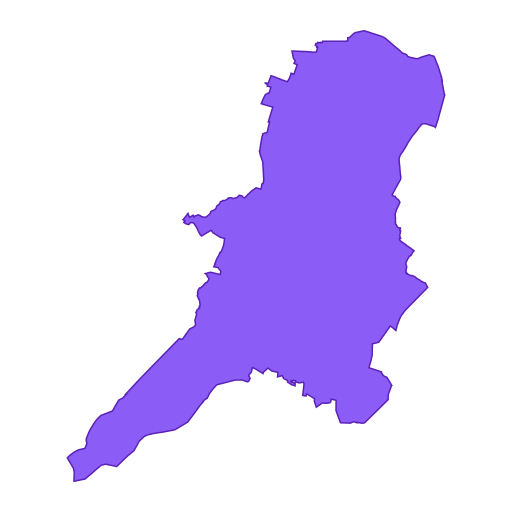 outline of Tepetlaoxtoc, México, Mexico, rotated 90°
{"feature_id": "50627088B33487225996828", "entity_name": "Tepetlaoxtoc", "entity_type": "district", "adm_level": 2, "iso_a3": "MEX", "parent_name": "Mexico", "parent_adm1": "México", "projection": "albers", "projection_center": [-98.771, 19.549], "detail": "fine", "context": "isolated", "style": "filled", "palette": "violet", "viewbox_px": 512, "rotation_deg": 90, "n_neighbors": 0, "source": "geoboundaries", "source_scale": "gbopen_adm2", "svg_char_len": 5999}
<svg xmlns="http://www.w3.org/2000/svg" viewBox="0 0 512 512"><g transform="rotate(90 256 256)"><path d="M30.7,147.8L32.6,156.6L33.4,158.1L37.5,162.5L37.7,164.3L40.8,164.2L41.2,166.4L41.2,189.3L42.5,189.6L42.3,191.0L42.8,191.1L42.4,194.3L43.4,194.5L43.6,196.2L45.4,196.7L46.3,195.0L47.3,195.2L47.4,194.4L51.8,195.6L52.1,195.9L52.2,198.3L51.6,204.9L51.0,220.0L52.4,219.8L58.3,218.5L59.5,217.8L60.6,216.7L63.4,218.0L64.7,214.8L74.2,218.1L73.2,220.9L75.4,221.5L77.8,222.4L79.9,223.5L81.7,224.6L79.6,230.9L79.3,231.1L78.4,233.8L77.2,236.6L75.7,240.9L83.4,243.9L82.7,247.3L84.7,244.5L86.1,244.8L87.0,241.1L93.4,243.0L93.1,243.5L93.1,244.0L94.7,246.7L99.1,248.9L103.7,250.8L104.5,248.3L107.1,239.2L120.5,243.3L122.0,243.7L122.0,242.4L132.5,244.9L133.1,247.3L133.7,249.1L137.8,250.2L146.7,251.7L150.7,252.2L150.8,252.6L154.9,251.7L161.5,249.4L162.7,249.2L180.8,248.2L180.9,248.5L183.4,248.8L183.3,249.3L183.7,249.8L184.5,250.3L185.3,250.3L189.2,251.1L187.8,255.8L190.8,260.2L194.9,264.6L197.7,266.9L197.6,267.9L197.3,268.3L197.3,268.8L197.2,269.4L196.8,269.7L196.0,269.9L195.7,270.2L195.7,271.7L195.5,272.0L195.3,272.1L195.2,272.6L196.4,273.7L196.8,274.3L197.7,275.4L197.9,276.6L198.6,278.9L197.7,280.5L197.9,281.8L197.7,282.4L197.8,282.8L198.1,283.7L199.2,284.8L199.6,285.4L200.3,286.8L200.6,287.5L200.5,289.0L200.7,289.5L201.4,290.4L201.6,291.4L201.9,291.7L203.1,292.0L203.7,292.5L204.9,293.7L205.8,294.9L206.4,295.4L207.6,295.7L209.1,296.5L210.3,298.6L210.9,300.0L211.4,300.9L211.9,301.4L213.1,301.7L214.0,302.3L215.0,303.4L216.5,305.2L217.3,306.8L216.7,310.4L215.6,311.8L214.8,313.7L216.2,317.5L216.9,318.1L215.2,318.9L217.3,322.5L213.4,324.0L217.8,327.4L219.7,329.0L220.9,326.9L222.4,328.3L224.0,325.7L224.6,323.3L223.7,322.4L222.7,321.6L222.6,320.8L222.6,320.1L222.8,319.3L223.1,318.3L227.4,315.4L233.0,312.8L234.3,312.0L236.0,310.5L230.3,300.9L232.8,298.9L237.2,291.9L238.5,287.4L239.8,287.7L242.7,287.9L246.2,288.7L250.6,290.3L251.4,290.8L253.0,292.1L252.9,292.2L256.2,293.6L257.2,294.3L259.2,295.4L263.8,297.1L263.8,296.9L266.8,298.2L267.4,294.3L271.3,291.1L274.5,291.8L272.2,301.6L273.6,306.7L274.7,305.2L276.8,304.6L277.2,304.0L278.7,303.1L279.0,303.1L280.0,303.4L280.5,303.9L281.4,304.3L282.1,304.7L282.4,305.5L283.1,306.8L285.8,309.1L286.1,309.1L286.7,310.0L288.3,312.1L288.0,312.5L288.4,312.9L291.2,314.3L292.3,314.3L292.7,314.5L294.0,314.3L294.2,314.1L295.7,314.8L298.0,313.8L298.3,313.2L299.5,313.2L299.8,312.6L305.3,311.9L306.2,312.7L306.4,312.5L307.3,312.2L308.1,313.3L308.5,313.0L309.9,315.0L312.0,315.7L312.4,316.2L313.9,315.3L320.4,317.1L324.6,316.4L326.6,317.7L329.0,322.3L339.4,329.7L338.6,332.8L379.7,372.9L395.0,387.1L393.6,385.0L398.2,389.5L400.1,393.3L411.0,399.6L415.4,411.0L418.1,413.9L420.3,415.8L423.0,417.8L428.5,421.2L432.6,423.3L438.7,425.7L439.8,425.8L441.2,425.7L443.5,425.1L448.4,427.1L449.7,433.0L451.0,435.9L452.0,437.6L455.0,441.8L457.8,444.7L468.2,438.6L472.1,437.8L481.3,438.0L479.0,426.9L465.2,410.8L464.2,406.3L466.5,395.3L456.0,384.5L450.7,378.0L441.2,372.8L436.6,367.9L435.0,364.8L433.4,358.0L432.0,348.6L429.8,337.2L422.1,324.3L414.8,318.8L405.1,311.7L401.9,308.8L401.7,309.1L399.8,307.3L398.2,304.8L394.3,302.9L393.2,302.2L388.6,298.8L384.8,295.2L380.3,277.9L380.0,275.7L380.0,269.9L381.8,264.7L381.5,263.5L378.5,261.9L375.3,263.4L372.2,260.7L367.5,259.6L368.9,256.5L373.6,249.0L372.1,248.5L368.1,243.9L371.0,240.3L372.4,234.0L376.9,234.5L375.6,229.6L378.5,228.4L380.5,224.3L382.0,224.5L384.6,220.6L385.8,216.9L383.3,216.9L382.3,219.5L381.5,221.3L380.7,221.0L381.2,219.3L380.3,218.9L380.8,216.4L381.9,216.7L382.1,216.4L382.0,216.2L382.9,212.8L382.4,209.6L382.2,208.6L383.0,208.2L384.3,208.0L395.5,209.3L396.0,205.9L393.8,205.3L396.7,200.7L398.7,197.4L401.2,197.7L407.2,195.7L404.1,191.2L403.0,190.0L403.3,186.0L402.8,182.2L401.8,181.3L399.2,180.8L399.9,177.4L400.4,175.9L410.6,176.0L422.8,171.5L423.1,161.3L422.4,160.2L421.7,157.6L422.7,155.7L422.3,154.7L422.3,154.4L422.5,154.3L422.8,154.2L422.6,153.5L423.2,150.2L423.1,148.8L422.8,147.4L399.7,123.9L394.7,123.8L385.7,120.5L385.5,120.2L380.9,122.9L377.1,125.3L376.9,126.3L376.6,127.0L376.1,127.8L375.4,128.7L372.7,130.7L371.9,130.5L367.7,143.1L359.9,140.8L354.8,139.8L343.8,139.6L342.3,133.3L326.1,121.8L327.2,119.9L330.5,116.1L328.3,115.6L327.7,115.3L326.5,115.2L324.7,114.6L318.2,112.1L315.9,110.9L311.1,107.4L309.8,106.3L287.4,84.3L282.9,86.7L282.2,89.1L281.6,89.6L281.7,90.4L280.6,91.5L279.7,92.8L279.1,94.2L278.1,95.5L277.0,96.8L276.6,97.4L276.1,98.3L276.1,98.9L275.5,99.8L275.6,101.4L273.6,105.4L273.2,105.7L273.2,105.0L272.6,105.6L271.0,106.1L270.4,106.1L269.9,105.8L268.8,106.0L268.2,105.5L267.9,105.6L266.8,105.2L264.0,106.3L263.7,106.0L263.3,106.2L262.4,105.9L261.1,105.4L260.8,105.1L258.8,104.3L257.9,103.5L256.9,103.2L256.6,102.7L255.5,101.7L255.7,101.3L255.1,100.8L254.5,100.6L253.7,100.0L252.6,99.6L250.8,97.9L246.2,104.2L246.1,104.9L246.0,105.1L245.6,105.4L245.3,105.4L240.6,112.0L240.2,111.9L238.7,112.6L238.2,111.5L237.7,112.1L237.0,111.8L235.5,112.3L231.1,111.3L230.8,111.5L230.7,112.0L230.0,112.3L229.6,112.3L228.8,111.5L228.4,111.5L227.9,111.7L228.0,112.8L227.4,113.9L226.6,114.9L225.5,115.3L224.6,115.9L224.1,116.6L223.6,116.6L222.7,116.3L221.5,116.6L217.6,116.5L216.5,116.7L213.3,116.7L209.7,115.5L202.8,112.2L202.1,112.2L201.2,112.6L199.5,113.8L199.1,114.7L198.1,115.5L197.5,116.5L196.4,116.8L196.3,117.1L196.4,117.7L196.4,118.1L195.0,119.9L187.8,116.1L179.6,111.5L178.0,111.2L176.4,111.3L172.7,111.8L165.8,112.3L163.7,112.6L159.9,112.9L158.1,112.8L154.9,111.6L151.1,108.9L145.0,105.2L143.1,104.3L135.9,99.6L133.0,97.1L129.7,94.5L127.9,93.3L125.1,91.0L124.1,90.1L123.8,89.0L123.7,87.7L123.8,86.2L126.1,79.0L126.7,77.4L127.4,76.6L120.6,74.3L95.0,67.3L95.0,67.5L80.6,70.2L80.8,69.8L76.2,70.7L76.1,71.0L74.4,71.3L71.3,72.5L71.2,72.3L65.3,74.2L65.2,74.4L57.7,77.3L56.3,77.9L54.8,83.0L57.3,91.1L57.9,92.3L58.8,94.9L57.5,101.1L56.6,104.1L54.7,105.4L53.5,108.0L53.3,109.4L49.1,113.8L48.3,115.0L38.0,127.0L36.4,130.2L30.7,147.8Z" fill="#8b5cf6" stroke="#5b21b6" stroke-width="1.5"/></g></svg>